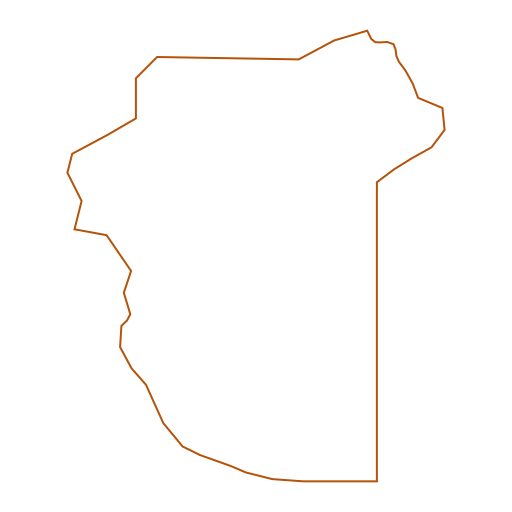 Masaka, orthographic projection
{"feature_id": "UGA-3362", "entity_name": "Masaka", "entity_type": "District", "adm_level": 1, "iso_a3": "UGA", "parent_name": "Uganda", "parent_adm1": "", "projection": "orthographic", "projection_center": [31.848, -0.502], "detail": "fine", "context": "isolated", "style": "outline", "palette": "amber", "viewbox_px": 512, "rotation_deg": 0, "n_neighbors": 0, "source": "natural_earth", "source_scale": "10m", "svg_char_len": 659}
<svg xmlns="http://www.w3.org/2000/svg" viewBox="0 0 512 512"><path d="M302.7,481.3L272.2,479.1L246.0,472.5L230.7,466.0L200.1,455.1L182.6,446.5L163.3,423.1L146.0,384.8L131.5,368.3L120.1,347.1L121.4,325.9L127.0,320.5L130.3,314.2L123.8,292.7L131.1,271.0L106.6,235.2L74.5,229.3L81.6,201.0L67.4,172.7L72.2,153.8L107.5,134.9L135.9,118.4L135.9,78.3L157.1,57.0L298.7,59.4L334.1,40.5L367.2,30.7L371.3,39.0L375.3,42.2L380.2,42.4L387.2,42.0L393.5,44.2L395.6,49.6L396.4,56.0L398.8,61.6L405.6,70.8L412.8,83.8L418.1,97.9L442.4,108.0L444.6,129.9L431.5,147.3L411.8,158.3L394.4,169.1L376.9,182.2L376.9,481.3L302.7,481.3Z" fill="none" stroke="#b45309" stroke-width="2"/></svg>